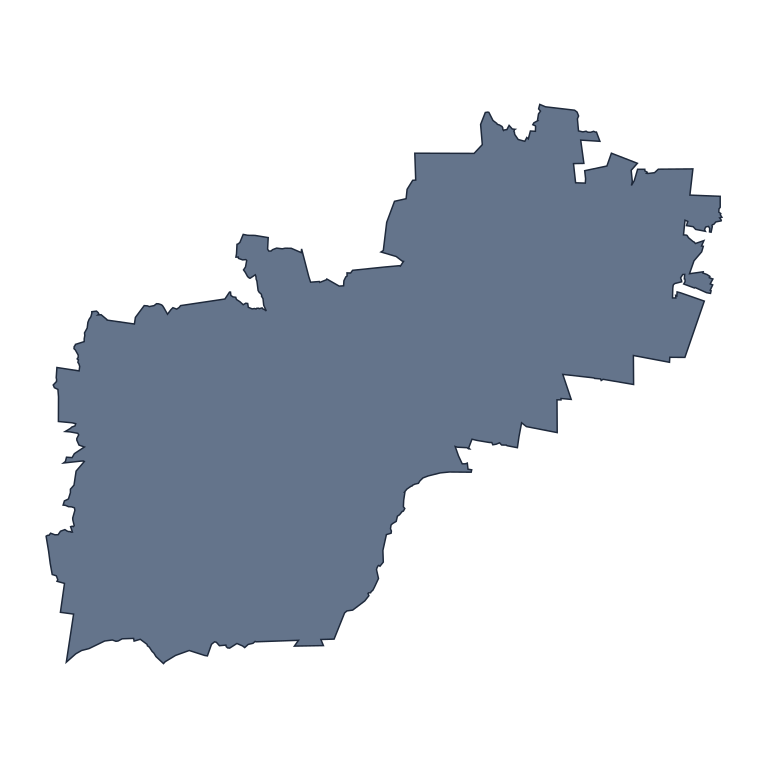 Jesús María, Aguascalientes, Mexico (Mercator projection)
{"feature_id": "50627088B43766130092771", "entity_name": "Jesús María", "entity_type": "district", "adm_level": 2, "iso_a3": "MEX", "parent_name": "Mexico", "parent_adm1": "Aguascalientes", "projection": "mercator", "projection_center": [-102.408, 21.935], "detail": "fine", "context": "isolated", "style": "filled", "palette": "slate", "viewbox_px": 768, "rotation_deg": 0, "n_neighbors": 0, "source": "geoboundaries", "source_scale": "gbopen_adm2", "svg_char_len": 6028}
<svg xmlns="http://www.w3.org/2000/svg" viewBox="0 0 768 768"><path d="M637.4,163.3L611.4,153.2L606.9,166.0L584.7,170.7L585.6,178.8L585.3,183.1L575.6,182.8L573.5,163.6L583.9,163.4L580.7,140.1L599.9,141.3L596.5,132.2L596.2,132.4L593.6,131.3L590.6,132.3L587.7,132.2L586.1,131.2L582.9,131.9L578.5,130.9L577.4,118.8L578.6,116.0L577.1,112.1L574.6,110.2L545.5,106.8L539.8,104.4L538.6,108.9L540.5,111.1L538.5,113.9L537.5,120.3L537.9,120.6L533.9,122.8L532.8,124.7L535.3,125.8L535.6,126.4L535.4,131.3L530.4,131.0L528.3,138.9L526.8,137.5L524.8,141.3L518.2,139.5L514.7,134.4L514.4,132.2L513.9,131.4L514.5,129.6L515.0,129.3L512.3,129.0L509.1,125.4L506.9,129.6L504.1,130.0L503.6,130.5L502.8,129.4L502.8,128.0L502.0,126.5L499.5,125.0L497.3,124.3L496.8,123.4L493.0,120.5L488.9,112.4L487.8,112.1L485.3,112.5L480.6,124.5L482.3,144.6L474.1,153.4L414.8,153.2L415.7,180.1L412.7,180.3L407.1,189.3L406.1,198.7L394.5,201.3L386.7,222.3L383.3,250.5L381.0,252.0L396.2,256.5L402.2,261.1L403.5,261.4L400.3,266.2L399.5,265.7L384.8,267.0L352.6,270.3L350.6,273.0L347.0,272.9L347.1,276.0L345.8,276.9L343.9,280.8L343.6,285.8L339.2,286.1L326.8,279.0L326.3,279.8L319.8,282.4L319.3,281.5L310.6,282.2L308.8,276.7L301.6,248.9L301.2,252.6L291.3,248.3L285.1,248.2L282.3,248.8L276.6,248.1L272.5,249.7L271.1,251.0L268.9,251.1L267.6,249.2L268.2,237.6L254.9,235.4L247.8,235.3L243.2,234.4L239.9,242.4L238.3,243.8L237.0,244.3L236.5,253.9L235.9,257.1L238.3,257.1L238.5,258.4L242.6,259.9L245.8,259.6L246.7,260.4L245.5,267.0L243.5,269.9L245.3,272.4L247.6,276.6L249.4,278.1L250.2,278.2L255.3,274.8L256.0,276.8L256.1,279.0L256.9,281.1L258.1,290.5L259.3,292.5L260.9,293.7L261.7,295.2L261.5,296.2L263.0,298.6L263.7,305.2L266.3,311.0L264.7,309.7L263.0,309.0L262.1,307.9L259.2,308.7L258.5,308.2L256.7,308.3L256.0,309.0L254.5,308.5L252.2,308.9L248.3,307.3L247.7,303.5L245.8,303.2L243.2,304.7L239.9,301.7L236.8,299.7L236.1,298.7L235.8,297.3L233.0,296.9L230.9,295.5L230.5,292.1L229.5,292.1L224.9,299.0L180.6,305.6L179.1,307.5L176.7,309.1L172.9,307.7L170.9,309.7L167.5,314.2L163.8,307.6L162.4,305.5L161.2,304.7L158.6,303.8L156.5,303.7L154.1,305.6L149.2,306.6L147.6,305.9L144.2,305.6L135.4,317.4L134.4,324.0L107.1,320.1L107.0,319.6L101.1,314.7L98.0,314.9L98.9,314.2L98.8,313.8L98.2,312.7L96.5,311.1L91.8,311.7L91.8,313.3L90.9,316.7L89.1,319.3L87.9,322.3L87.2,328.0L84.5,332.9L84.8,335.5L84.2,338.7L84.2,341.6L75.4,344.4L75.3,345.2L74.2,346.5L74.0,348.7L75.3,349.9L78.2,355.1L78.2,357.6L77.3,358.4L77.2,359.0L78.4,359.8L77.9,362.4L78.9,363.9L79.7,366.4L79.1,370.9L56.9,367.5L56.2,377.8L56.6,379.4L56.5,381.5L53.2,385.0L54.4,387.7L57.9,389.4L58.5,396.8L58.4,421.5L72.1,422.8L75.7,423.7L75.0,425.9L71.9,427.0L70.4,428.4L65.2,431.5L70.1,431.9L77.8,433.3L78.7,434.9L76.8,438.5L76.8,440.1L79.0,445.1L84.4,447.0L74.4,453.6L72.1,457.6L66.5,457.2L65.4,461.5L63.5,463.0L81.1,461.1L83.4,461.0L84.3,461.5L76.1,471.1L74.0,485.1L70.4,489.2L70.4,492.7L68.6,498.4L68.2,499.1L64.4,500.9L63.1,505.1L65.6,505.4L68.5,506.7L71.3,506.8L74.4,507.8L74.9,510.2L72.7,518.0L72.8,519.9L74.2,525.6L73.4,526.6L72.1,526.2L70.6,526.7L72.4,532.1L71.1,532.2L70.2,531.5L68.7,531.6L67.2,531.1L64.9,529.6L60.5,531.2L58.1,534.7L54.9,534.8L50.6,533.2L49.1,535.2L47.4,535.4L46.1,536.2L48.6,551.2L50.2,563.4L52.2,574.5L56.3,575.8L57.8,579.7L57.0,581.3L64.5,583.4L60.4,612.3L73.6,614.1L66.3,662.2L75.8,653.8L81.6,650.5L89.0,648.6L104.7,641.0L112.4,640.0L115.9,641.3L118.1,641.0L122.2,638.8L133.6,638.4L134.1,641.1L140.3,639.3L147.1,644.4L147.4,645.8L149.3,647.1L152.1,651.4L153.9,653.1L156.0,656.6L163.5,663.6L165.2,661.7L175.6,655.4L189.2,650.5L204.8,655.5L207.4,655.9L211.5,644.3L214.6,641.8L216.4,642.3L219.4,645.7L225.9,645.1L226.2,646.6L227.6,647.9L229.7,648.1L236.9,643.5L242.5,645.9L244.7,647.6L248.2,644.4L253.0,643.3L255.1,641.4L255.9,641.8L298.5,640.3L294.4,646.1L323.4,645.6L320.9,639.5L334.1,639.1L344.6,612.9L347.0,610.9L352.7,610.1L364.8,600.9L368.9,595.7L368.0,593.4L368.7,592.8L370.6,592.8L371.2,591.6L372.8,590.3L374.3,587.5L378.5,578.5L376.5,569.6L377.0,567.8L378.1,565.8L378.8,565.4L380.0,566.2L383.3,562.1L382.9,550.4L386.4,534.6L391.1,533.2L391.4,531.1L390.5,528.8L391.0,525.1L392.5,523.6L396.2,521.4L397.4,516.2L399.5,514.8L402.3,511.4L403.4,511.1L404.8,508.5L403.4,506.8L403.7,500.3L404.9,492.3L404.4,492.2L406.9,489.1L410.9,486.3L412.1,486.0L412.5,485.3L414.7,484.2L418.4,483.3L419.9,480.9L423.0,477.9L428.3,475.9L440.3,472.9L449.4,472.0L471.2,472.2L471.7,469.8L468.0,469.2L467.3,463.1L465.3,463.8L462.2,463.8L458.5,455.9L455.2,446.5L457.5,447.2L467.0,447.7L468.5,448.8L469.7,448.9L468.7,447.8L472.0,439.2L476.9,440.4L489.4,442.5L491.8,442.5L492.8,444.8L496.2,444.2L499.6,442.8L501.6,445.0L506.4,445.1L507.0,445.7L517.4,447.7L519.0,436.6L521.6,422.8L526.4,426.6L557.2,432.6L557.0,399.8L561.0,399.9L561.0,398.5L571.2,399.4L562.8,374.4L593.9,377.9L594.5,378.4L600.5,378.9L601.2,380.5L603.1,379.3L633.6,384.5L633.4,355.5L669.5,362.3L669.8,357.3L684.9,357.4L704.3,301.1L680.5,292.8L677.1,291.9L676.8,296.0L675.6,295.4L675.8,298.0L672.5,297.9L672.8,288.1L673.2,285.2L673.7,284.4L674.9,283.5L681.7,281.8L681.6,280.6L680.6,277.9L682.7,274.5L684.7,274.4L684.3,278.8L684.7,278.8L685.1,279.9L685.0,281.8L683.7,284.0L694.4,288.0L695.0,287.5L706.6,292.7L710.5,293.4L711.1,290.7L710.2,290.2L712.7,284.9L710.2,283.9L712.9,279.0L709.3,277.7L709.9,276.4L707.0,274.5L702.9,273.0L703.2,271.8L689.5,273.7L694.0,260.8L701.7,251.8L703.3,246.3L701.5,246.0L703.9,240.6L695.4,243.5L694.1,242.0L693.0,241.5L688.5,237.7L687.1,235.5L686.2,235.1L683.5,234.9L685.0,220.2L687.8,221.4L686.5,225.6L693.2,226.7L695.6,229.4L705.4,231.3L704.6,229.9L705.1,228.1L706.0,226.8L708.5,226.4L709.7,228.4L709.5,231.9L711.1,232.2L712.3,226.6L712.0,225.6L712.4,224.7L713.7,224.4L715.9,221.9L721.1,220.9L721.3,220.2L719.6,217.9L721.9,217.3L720.3,214.8L720.8,213.6L718.8,212.1L719.0,208.9L720.2,207.3L720.2,196.3L689.9,195.1L692.9,168.9L658.3,169.2L654.5,172.7L647.9,173.5L646.4,173.3L647.2,172.2L644.9,170.9L644.8,169.3L637.6,169.3L634.3,180.6L631.4,185.5L632.3,181.5L631.2,170.3L637.4,163.3Z" fill="#64748b" stroke="#1e293b" stroke-width="1.5"/></svg>